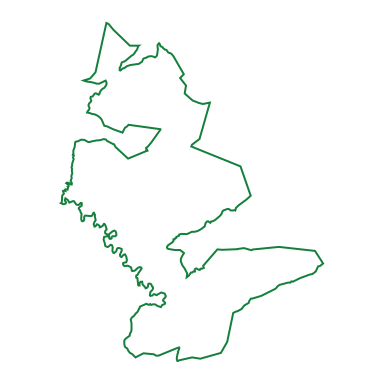 San Juan Quiotepec, Oaxaca, Mexico
{"feature_id": "50627088B77784683352212", "entity_name": "San Juan Quiotepec", "entity_type": "district", "adm_level": 2, "iso_a3": "MEX", "parent_name": "Mexico", "parent_adm1": "Oaxaca", "projection": "albers", "projection_center": [-96.65, 17.673], "detail": "fine", "context": "isolated", "style": "outline", "palette": "green", "viewbox_px": 384, "rotation_deg": 0, "n_neighbors": 0, "source": "geoboundaries", "source_scale": "gbopen_adm2", "svg_char_len": 5921}
<svg xmlns="http://www.w3.org/2000/svg" viewBox="0 0 384 384"><path d="M178.8,360.4L192.1,357.4L200.3,358.7L220.9,352.9L227.2,341.9L233.2,313.0L236.1,311.5L237.8,311.1L241.8,308.8L243.4,306.5L244.7,305.2L248.6,303.0L249.4,300.7L250.9,298.6L252.2,298.6L261.2,295.9L275.6,288.7L277.6,286.3L279.5,284.9L288.5,282.5L290.1,282.7L290.6,282.5L291.2,281.5L291.8,281.3L292.9,281.7L300.1,278.1L310.2,274.4L312.3,274.1L315.7,271.5L318.1,266.4L319.8,266.1L323.1,263.5L315.0,250.9L278.9,246.9L252.7,249.5L251.4,250.2L244.0,248.1L237.5,249.0L237.4,249.2L222.0,249.8L217.4,249.4L203.2,265.8L203.8,267.9L201.7,268.8L201.2,268.5L200.2,269.0L199.8,269.9L198.8,269.9L196.3,268.4L195.9,268.5L195.0,269.1L194.6,270.1L195.1,271.4L194.9,271.6L193.2,271.6L192.2,272.6L191.0,272.5L188.7,275.8L186.7,277.3L187.2,273.6L184.7,268.6L182.3,265.2L180.9,261.6L180.8,259.0L182.1,256.1L184.0,253.1L180.1,250.0L175.4,250.1L169.2,249.1L167.3,248.5L166.9,247.0L168.0,245.3L172.4,242.3L173.3,241.2L173.5,239.3L174.6,239.4L174.9,238.5L176.3,237.8L176.4,236.9L179.0,235.7L179.2,234.5L181.4,233.9L187.0,234.1L192.1,231.7L193.5,231.9L197.3,231.2L201.0,229.2L204.7,226.4L205.6,223.0L207.1,221.4L208.1,221.3L210.4,222.8L211.0,221.6L213.0,221.1L215.1,220.0L219.8,216.0L221.3,214.3L222.7,211.0L223.8,210.3L227.5,208.9L229.2,209.2L230.5,210.4L233.1,210.5L234.2,210.1L235.3,210.5L236.0,207.8L238.9,205.1L246.4,199.6L250.7,195.7L240.5,166.4L191.3,146.5L191.9,144.8L199.5,139.0L209.9,102.6L202.9,104.0L199.0,103.0L192.6,100.5L184.7,93.5L186.0,85.5L180.1,78.0L183.8,74.2L173.4,56.2L172.0,54.4L170.6,53.3L168.3,52.6L166.4,49.9L164.6,49.4L163.1,48.1L162.6,47.2L160.5,46.2L159.5,43.6L159.0,43.2L157.6,44.9L157.5,46.6L157.9,49.3L157.0,55.4L156.2,56.5L154.9,57.4L153.8,56.8L151.6,56.2L149.5,56.3L147.7,56.8L146.1,57.8L144.4,58.2L143.2,58.9L142.0,61.7L138.7,63.9L130.5,65.0L127.1,66.1L124.1,68.2L123.4,68.2L121.5,69.4L120.9,70.2L120.3,70.5L119.7,70.3L119.7,67.9L120.9,65.5L121.7,62.5L125.1,61.1L131.9,55.4L133.5,54.5L137.1,49.4L138.3,46.0L138.7,45.7L129.9,45.7L113.3,29.7L108.6,24.0L106.4,23.0L95.5,72.3L90.1,78.5L83.6,80.5L86.1,81.4L91.6,82.2L96.9,83.7L99.1,83.7L105.6,80.6L106.2,81.6L106.6,83.9L106.0,85.5L104.1,88.0L102.3,89.0L100.8,90.6L99.5,92.9L99.5,94.1L99.1,94.5L98.5,94.7L95.9,93.3L95.2,93.4L94.4,93.9L92.7,96.4L90.7,96.9L90.4,98.2L91.3,100.6L90.9,101.6L89.1,103.5L88.6,104.7L88.5,105.8L89.5,107.9L89.4,108.8L88.9,109.9L87.6,111.3L87.1,112.6L89.9,113.1L92.2,114.0L94.2,114.2L97.2,115.5L99.0,116.7L100.6,118.2L101.7,119.7L104.3,125.8L106.9,126.3L113.3,129.3L122.5,132.6L124.8,128.0L127.4,126.1L128.5,124.8L160.4,129.2L160.4,129.7L151.2,142.6L148.0,146.4L146.0,148.0L146.6,149.0L146.4,149.5L147.2,149.9L147.4,150.6L146.2,150.5L146.0,150.8L146.2,151.1L128.1,158.6L115.5,147.0L114.1,144.3L113.0,144.0L107.0,140.9L105.9,139.5L103.8,139.1L99.4,140.3L96.8,140.4L91.6,141.4L89.4,142.1L88.2,142.0L84.3,139.9L81.8,139.7L80.9,139.8L78.1,141.2L75.5,141.8L75.2,142.4L74.7,146.9L73.3,150.7L73.4,153.3L72.8,154.9L73.9,155.4L73.0,157.5L73.7,159.1L72.3,163.2L72.0,166.1L71.5,167.3L72.1,169.2L71.8,170.5L72.3,173.3L71.3,176.1L71.7,178.2L70.6,180.9L71.8,182.9L71.8,184.1L71.7,184.5L70.6,184.4L69.5,183.3L67.8,182.6L66.8,182.7L66.2,183.2L68.3,184.9L68.7,185.7L68.6,186.2L68.3,186.8L67.8,186.9L68.1,187.4L67.6,189.6L65.6,189.3L65.2,189.5L65.5,191.0L64.0,190.6L63.0,191.0L63.9,193.6L62.2,195.6L61.9,201.2L61.7,202.6L60.9,203.1L62.9,204.1L64.0,204.1L65.6,203.6L66.1,202.4L65.0,200.8L64.9,200.1L65.4,198.4L67.8,200.0L69.4,202.6L73.0,201.1L74.0,201.2L76.1,204.3L76.9,204.8L78.7,204.9L80.8,202.9L81.6,203.0L81.8,204.3L81.6,205.8L79.6,207.1L78.7,208.1L79.0,209.1L80.2,210.6L80.6,212.4L81.5,213.6L81.2,219.1L81.7,220.8L82.6,221.3L83.9,220.6L84.3,219.0L84.1,217.5L84.4,216.3L85.1,215.6L91.1,216.1L92.2,215.5L93.5,212.8L93.9,212.7L95.0,215.1L94.8,216.5L95.7,220.1L94.3,222.3L93.7,224.1L94.5,226.6L95.5,226.3L97.0,224.3L98.0,224.6L99.5,225.9L99.7,227.3L100.5,227.2L102.9,225.6L103.9,223.9L104.4,223.9L105.3,225.2L106.7,229.2L105.4,230.8L105.0,232.1L105.3,233.4L108.7,235.1L109.3,234.0L112.6,231.3L114.5,230.6L115.5,231.3L116.2,232.8L116.4,235.1L115.4,236.2L112.5,236.3L111.5,237.3L111.6,238.4L111.2,238.7L109.9,238.9L109.1,238.1L109.1,236.4L106.8,236.3L104.1,236.9L103.6,239.6L104.8,243.3L105.2,245.8L106.3,246.6L107.5,247.0L108.2,246.8L110.6,244.9L111.4,244.9L112.1,245.4L112.7,247.4L112.4,251.0L113.3,252.8L114.0,253.1L116.2,251.3L117.1,248.6L117.7,248.1L119.1,248.0L121.6,248.9L121.8,250.5L120.0,254.6L120.1,256.0L121.3,257.0L121.8,256.9L122.8,255.5L124.4,254.4L125.1,254.4L126.3,256.8L126.9,260.1L126.3,262.3L124.2,262.6L123.1,263.1L123.2,264.9L124.4,266.1L127.8,265.7L131.1,267.4L131.8,270.6L132.3,271.1L134.9,270.6L138.0,267.7L140.1,267.1L141.3,267.6L141.6,268.6L138.4,273.2L137.5,274.9L136.4,275.4L136.1,276.1L136.3,277.7L137.4,278.1L138.2,285.2L138.9,285.6L139.6,285.5L139.5,284.1L139.8,282.7L140.6,281.8L142.2,281.7L142.5,284.3L145.1,287.2L145.6,288.3L146.9,287.8L147.8,286.8L148.4,283.8L149.6,283.6L150.7,283.9L151.3,284.5L152.1,286.5L152.8,286.9L153.1,288.4L152.3,290.0L150.4,292.1L149.9,294.7L149.9,295.5L150.3,295.9L152.4,295.5L153.6,294.3L154.6,294.1L156.1,295.1L156.9,295.1L157.5,294.5L161.3,292.5L164.7,293.6L165.0,294.1L165.8,296.2L164.9,297.9L163.3,299.4L163.1,300.1L163.1,300.7L164.6,302.1L165.1,303.0L165.0,303.7L164.3,304.2L162.2,305.0L160.9,307.1L157.1,305.8L155.8,304.7L154.5,304.3L153.0,304.3L151.3,304.9L150.5,304.6L150.2,304.1L148.9,304.9L146.4,303.8L140.0,306.6L139.3,308.6L138.8,308.9L138.6,309.9L137.0,312.5L135.8,313.4L133.8,316.1L132.0,317.3L130.7,319.6L131.5,323.0L131.5,330.1L130.9,332.2L129.9,333.6L129.7,335.7L125.6,338.7L124.3,340.5L124.3,343.4L124.6,345.6L125.1,347.0L127.3,348.5L128.0,350.2L129.8,352.8L132.1,354.0L135.5,357.4L143.5,353.3L153.9,354.3L156.1,355.7L158.6,355.6L177.7,347.8L179.2,347.5L179.3,348.5L177.9,351.9L178.2,352.5L177.6,353.6L176.9,357.3L176.8,359.3L177.3,360.9L178.0,361.0L178.8,360.4Z" fill="none" stroke="#15803d" stroke-width="2"/></svg>